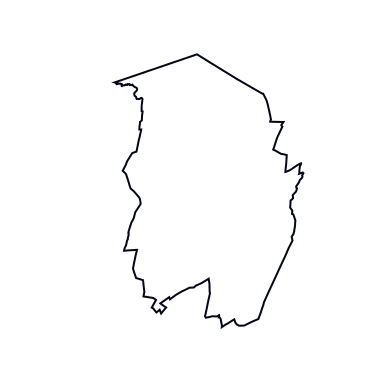 outline of Matīšu pag., Burtnieku, Latvia, rotated 302°
{"feature_id": "27541924B27185019990533", "entity_name": "Matīšu pag.", "entity_type": "district", "adm_level": 2, "iso_a3": "LVA", "parent_name": "Latvia", "parent_adm1": "Burtnieku", "projection": "equal_earth", "projection_center": [25.147, 57.72], "detail": "fine", "context": "isolated", "style": "outline", "palette": "ink", "viewbox_px": 384, "rotation_deg": 302, "n_neighbors": 0, "source": "geoboundaries", "source_scale": "gbopen_adm2", "svg_char_len": 5407}
<svg xmlns="http://www.w3.org/2000/svg" viewBox="0 0 384 384"><g transform="rotate(302 192 192)"><path d="M128.0,158.3L127.5,158.5L126.6,158.7L125.1,159.1L124.5,159.3L123.8,159.6L123.8,159.9L123.2,160.2L122.4,160.5L122.1,160.9L121.7,161.2L121.5,161.3L120.9,161.4L118.8,162.0L118.1,162.6L117.2,162.6L115.9,162.8L113.7,163.7L112.3,164.1L111.7,164.4L110.6,164.4L109.6,164.5L109.1,164.6L108.9,164.6L108.5,164.7L107.8,164.9L106.7,165.3L106.2,165.5L110.0,170.7L113.8,176.0L108.7,177.7L106.5,178.5L99.2,181.2L95.7,182.6L92.8,186.0L91.3,187.9L91.0,188.3L89.4,190.1L90.5,194.1L91.3,197.1L89.9,198.3L87.4,200.2L82.3,204.3L82.1,204.5L81.6,204.7L77.7,206.2L81.5,215.0L81.4,215.1L81.6,215.6L81.6,215.8L81.4,218.7L72.6,219.1L72.7,220.9L71.1,225.2L71.0,225.7L75.0,227.0L72.6,230.2L77.9,230.9L80.3,231.3L80.6,225.4L80.8,224.2L90.7,228.4L89.3,230.2L96.3,232.9L102.3,236.1L105.9,238.4L109.5,240.6L112.0,244.2L115.2,245.1L115.3,245.4L119.5,248.2L127.3,252.1L126.2,252.9L124.3,254.7L123.2,255.6L120.4,257.4L117.6,259.3L116.7,259.8L116.2,260.5L115.9,260.8L113.4,261.7L108.5,263.4L104.0,265.1L99.5,266.8L95.3,268.3L93.6,268.8L92.7,270.3L95.4,273.2L95.5,273.2L97.6,275.3L98.1,276.3L99.0,277.9L99.7,279.1L100.7,279.6L101.9,280.2L101.8,280.3L100.1,281.1L100.5,281.4L99.5,283.6L96.5,286.3L94.6,288.2L93.2,288.9L97.3,290.7L98.5,291.5L106.4,295.3L104.8,297.3L104.1,298.2L103.4,300.4L103.5,302.6L105.8,306.2L106.1,306.5L106.5,307.1L106.9,307.4L108.6,308.4L110.3,309.5L112.2,310.6L115.6,312.9L118.3,314.8L119.5,315.6L122.4,315.0L126.3,314.2L130.0,313.2L133.9,312.4L136.5,311.5L146.6,310.1L156.1,308.9L168.9,307.3L170.9,307.0L177.4,306.2L189.4,304.7L192.2,304.2L196.4,303.6L204.0,303.0L206.8,300.3L206.9,300.2L209.3,300.3L209.8,300.3L210.0,300.3L211.8,299.8L212.9,299.5L214.8,298.5L216.1,298.1L218.6,296.9L221.3,295.4L222.5,294.9L224.3,292.7L225.4,291.5L225.6,291.1L226.7,289.8L226.7,289.6L226.4,288.5L227.5,287.9L227.8,287.8L227.9,287.7L229.3,287.0L229.4,286.8L230.7,283.6L230.9,283.4L231.5,283.1L233.3,282.2L237.0,280.1L239.4,280.9L239.6,280.9L240.2,281.0L241.0,280.5L242.4,279.2L242.7,279.1L243.5,279.2L247.4,280.0L247.9,279.9L248.8,279.7L250.3,279.2L250.8,279.0L251.1,278.1L251.3,277.9L251.5,277.6L252.0,277.4L252.3,277.4L256.9,277.6L257.2,277.6L258.8,277.1L259.1,277.1L260.2,277.3L260.6,277.5L261.6,277.6L262.6,277.8L263.7,277.4L264.2,276.7L266.6,276.5L267.0,276.5L267.1,276.0L267.2,275.6L266.7,275.2L264.2,273.2L264.6,273.1L265.1,272.9L266.4,272.1L267.1,271.7L268.5,271.0L269.7,270.4L270.1,270.2L270.7,270.0L271.2,269.9L272.5,269.8L273.6,269.5L274.0,269.2L273.7,269.0L273.0,268.5L272.6,268.3L272.3,268.1L271.5,267.6L270.3,267.0L269.4,266.6L268.5,266.2L265.1,264.7L264.1,264.3L263.7,264.1L262.9,263.7L262.3,263.3L261.9,263.1L261.5,262.9L260.8,262.4L260.4,262.1L260.1,261.9L258.5,260.6L260.5,259.5L264.3,257.7L265.9,256.9L267.2,256.2L269.8,254.8L273.5,252.8L273.1,251.5L272.8,250.5L272.3,249.2L271.5,247.1L271.3,240.7L271.0,238.4L273.8,237.8L277.9,236.7L283.2,235.4L295.2,234.0L295.4,234.0L295.7,232.7L295.8,232.5L296.0,232.3L296.3,232.2L297.1,232.3L298.1,232.4L299.4,232.4L299.7,232.5L299.8,232.5L295.3,224.9L293.6,222.0L293.0,221.0L293.0,220.9L295.4,220.5L296.4,219.5L297.7,218.3L298.5,217.6L299.9,216.2L303.0,213.2L303.7,212.4L304.5,211.7L304.8,211.3L306.1,210.1L308.7,207.3L309.1,206.7L309.9,205.6L311.5,202.9L313.0,200.4L312.7,200.2L312.2,186.7L311.7,172.0L311.6,170.0L311.5,154.4L311.4,138.8L311.4,123.3L244.0,68.4L244.1,68.7L244.1,68.9L244.2,69.0L244.2,69.3L244.1,69.5L244.6,69.6L244.5,69.8L244.8,70.1L244.7,70.2L244.5,70.4L244.0,70.6L243.9,70.8L243.7,70.9L243.6,71.1L244.1,71.5L244.5,71.5L244.9,71.6L245.0,71.7L245.0,71.8L244.8,71.9L244.6,71.9L244.5,72.1L244.7,72.3L245.1,72.5L245.2,72.8L245.5,73.0L245.8,73.4L245.7,73.6L245.8,73.9L246.0,74.3L246.1,74.5L246.2,74.9L246.3,75.1L246.3,75.3L246.0,75.4L245.1,75.8L244.8,76.0L244.7,76.2L244.7,76.5L245.0,76.6L245.2,76.3L245.3,76.2L245.5,76.3L245.8,76.9L246.0,77.4L246.3,77.6L246.4,78.0L246.9,78.3L247.4,78.5L247.5,78.7L247.6,78.9L248.0,78.9L248.2,79.2L248.2,79.4L248.2,79.6L248.6,79.8L248.8,79.9L248.7,80.0L248.4,80.1L248.4,80.3L248.5,80.4L248.9,80.4L249.3,80.3L249.5,80.5L249.7,81.0L249.9,81.2L250.1,81.3L250.2,81.5L249.8,82.1L249.7,82.3L249.9,82.4L250.1,82.3L250.3,82.4L250.3,82.5L250.2,82.7L250.3,83.0L250.4,83.4L250.3,83.6L250.5,83.8L250.6,84.1L250.7,84.3L251.1,84.4L251.3,84.5L251.5,84.6L251.4,84.8L251.3,85.0L251.1,85.4L251.0,85.6L250.9,85.9L250.7,88.1L251.0,89.7L250.4,90.9L248.9,91.4L246.8,90.9L245.2,90.7L244.1,91.4L243.2,92.3L243.1,94.0L242.8,94.3L242.7,94.5L242.4,94.8L242.3,95.0L241.8,95.6L241.6,95.8L242.0,96.4L242.1,96.5L242.3,96.8L242.4,97.2L242.4,97.4L242.5,97.5L242.9,98.0L243.2,98.2L243.4,98.3L243.5,98.5L243.9,98.6L244.1,98.6L244.4,98.8L244.5,98.8L244.8,99.0L245.0,99.1L245.1,99.4L245.1,99.6L244.7,100.7L238.5,103.6L233.9,106.4L234.2,107.4L229.6,109.5L229.2,109.7L228.8,110.0L227.7,110.6L226.1,111.5L225.8,111.4L224.0,110.8L221.8,111.9L219.9,112.7L217.1,114.2L218.1,115.8L214.4,117.2L213.6,117.4L210.8,118.5L208.9,119.0L198.7,122.8L196.8,123.5L193.4,120.7L183.4,120.7L181.2,121.2L179.8,121.5L173.3,122.0L172.3,126.5L166.2,133.7L164.7,135.3L162.4,138.1L161.8,142.2L160.6,146.1L159.3,150.3L158.4,151.5L158.2,151.8L155.6,154.1L155.1,154.5L154.8,154.6L154.7,154.7L154.2,154.7L152.2,154.8L151.8,154.8L148.9,154.7L145.4,154.6L144.4,154.7L139.5,156.3L138.8,156.4L137.7,156.6L133.8,156.8L133.1,157.0L128.0,158.3Z" fill="none" stroke="#020617" stroke-width="2"/></g></svg>